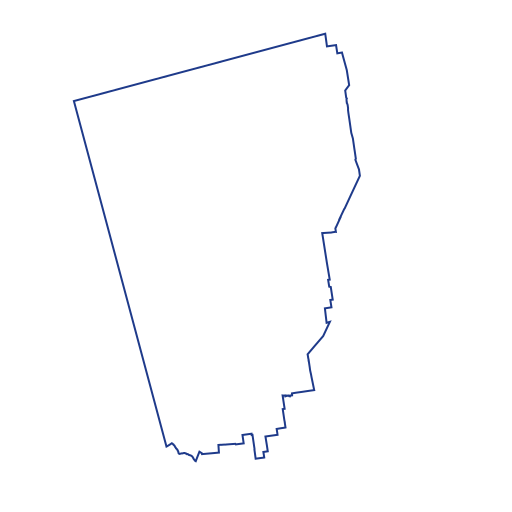 outline of Bulloo, Queensland, Australia, rotated 75°
{"feature_id": "25037944B79296808644120", "entity_name": "Bulloo", "entity_type": "district", "adm_level": 2, "iso_a3": "AUS", "parent_name": "Australia", "parent_adm1": "Queensland", "projection": "mercator", "projection_center": [143.553, -27.831], "detail": "fine", "context": "isolated", "style": "outline", "palette": "blue", "viewbox_px": 512, "rotation_deg": 75, "n_neighbors": 0, "source": "geoboundaries", "source_scale": "gbopen_adm2", "svg_char_len": 4577}
<svg xmlns="http://www.w3.org/2000/svg" viewBox="0 0 512 512"><g transform="rotate(75 256 256)"><path d="M416.9,391.8L416.7,390.9L415.7,387.5L415.1,385.8L415.3,385.7L415.8,385.1L416.0,385.0L416.7,384.7L416.8,384.5L417.1,384.5L417.4,384.3L417.9,383.9L418.0,383.9L418.4,383.7L418.8,383.7L419.4,383.6L419.9,383.3L420.2,383.2L420.4,383.1L420.7,383.1L421.0,383.1L421.4,382.9L421.6,382.7L422.0,382.4L422.5,382.3L422.7,382.1L423.0,382.1L423.3,382.0L423.7,381.9L423.9,382.0L424.3,381.8L424.7,381.7L424.9,381.7L425.5,381.8L425.8,381.8L426.5,381.8L426.7,381.6L427.0,381.4L427.3,381.3L427.4,381.0L427.4,379.7L427.4,379.3L427.4,378.9L427.5,378.7L427.6,378.3L427.7,378.0L427.7,377.8L427.6,377.4L427.6,377.1L427.7,376.4L427.8,376.0L427.9,375.7L428.1,375.5L428.3,375.4L428.5,375.2L428.7,374.8L428.7,374.6L428.9,374.4L429.1,374.3L429.3,374.1L429.5,374.0L429.5,373.9L429.5,373.6L429.7,373.3L429.9,373.1L430.1,372.7L430.3,372.6L430.7,372.4L430.9,372.2L431.0,371.9L431.1,371.7L431.3,371.5L431.5,371.1L431.6,370.8L431.8,370.6L432.1,370.4L432.4,370.0L432.7,369.8L433.3,369.4L433.8,369.2L434.5,369.1L434.8,368.9L436.1,368.7L436.5,368.5L436.9,368.3L437.7,368.0L438.1,367.8L438.6,367.3L435.0,364.7L430.4,361.3L432.6,359.3L433.4,359.4L435.1,349.7L436.3,342.7L428.8,341.2L429.1,339.5L429.5,337.9L429.8,336.2L430.2,334.6L430.4,333.6L430.4,333.4L432.1,324.5L432.8,324.2L432.8,323.9L433.8,316.4L425.4,315.4L425.6,313.6L425.9,311.3L426.5,306.3L427.8,306.5L427.9,305.7L442.2,307.4L442.4,307.6L451.7,308.8L452.3,304.0L452.8,300.4L452.8,300.2L447.2,299.6L447.7,295.2L441.7,294.5L432.8,293.6L433.3,289.4L434.3,281.5L432.1,281.2L428.4,280.8L428.8,276.6L429.3,272.1L429.3,271.9L426.7,271.6L424.1,271.3L424.0,271.2L423.9,271.2L423.7,271.2L423.4,271.2L421.9,271.1L412.5,270.0L410.8,269.8L411.0,267.9L397.6,266.4L397.8,265.9L398.0,265.8L398.1,265.6L398.0,265.1L398.1,264.8L398.1,264.6L398.2,264.3L398.4,263.9L398.5,263.9L398.4,263.8L398.4,263.7L398.5,263.6L398.9,263.5L398.9,263.4L399.1,263.2L399.1,262.9L398.9,262.8L399.0,262.7L398.9,262.5L399.1,262.3L399.1,262.1L399.2,261.8L399.2,261.5L399.0,261.1L399.2,260.9L399.4,260.5L399.6,260.5L399.8,260.4L400.0,260.3L400.1,260.2L400.0,259.8L400.2,259.5L399.7,259.3L399.6,259.2L399.8,258.7L399.7,258.4L399.8,258.2L399.8,257.9L400.0,257.5L400.0,257.2L398.0,256.8L398.4,252.7L399.1,247.2L400.0,239.3L400.6,234.5L397.3,234.3L387.1,233.7L384.7,233.5L382.2,233.4L380.3,233.3L377.3,232.9L373.7,232.5L371.9,232.3L371.3,232.2L371.2,232.3L370.8,232.2L370.7,232.2L370.3,232.1L370.1,232.2L369.9,232.1L369.3,232.0L368.6,232.0L367.4,231.9L366.6,231.8L365.7,231.7L364.3,231.6L358.0,222.5L350.7,211.8L338.7,201.7L338.8,205.1L324.4,203.0L325.1,196.4L317.7,195.6L318.0,193.2L305.3,191.8L304.6,193.2L297.7,192.5L297.9,190.9L281.0,189.3L251.0,186.1L252.4,179.2L252.8,177.4L252.9,175.7L253.2,173.2L253.2,172.8L253.3,172.6L249.9,172.2L249.0,171.4L248.9,171.4L248.8,171.2L241.3,165.0L241.3,165.3L233.4,158.6L233.1,158.1L228.2,154.0L221.6,148.5L205.9,135.3L205.4,134.9L202.2,134.5L199.6,134.2L199.2,134.1L192.2,134.8L188.7,135.1L187.9,134.4L180.3,133.5L178.4,133.3L167.6,132.0L161.7,132.1L147.7,130.4L144.1,130.0L141.5,129.7L138.7,129.3L137.0,128.8L133.8,128.4L132.2,128.5L131.8,128.7L131.5,128.7L130.9,128.4L130.6,128.4L130.4,128.5L129.4,128.3L128.3,128.1L127.3,127.5L126.5,127.9L119.2,127.0L115.1,121.8L99.9,120.2L85.4,120.3L81.7,120.3L81.3,125.0L73.0,124.1L71.9,133.2L65.6,132.4L59.2,131.6L59.2,148.6L59.2,149.2L59.2,171.0L59.2,181.1L59.2,192.0L59.2,197.9L59.2,218.7L59.2,229.5L59.2,234.6L59.2,235.0L59.2,260.3L59.2,265.4L59.2,275.6L59.2,282.3L59.2,283.0L59.2,285.4L59.2,292.5L59.2,306.4L59.2,317.3L59.2,325.4L59.2,328.6L59.2,332.9L59.2,337.8L59.2,355.5L59.2,391.8L60.9,391.8L63.8,391.8L70.6,391.8L79.8,391.8L81.1,391.8L90.1,391.8L97.7,391.8L105.8,391.8L110.6,391.8L114.4,391.8L120.0,391.8L120.9,391.8L124.9,391.8L131.2,391.8L141.5,391.8L151.7,391.8L153.2,391.8L154.0,391.8L157.2,391.8L158.9,391.8L160.6,391.8L162.0,391.8L163.9,391.8L172.4,391.8L174.1,391.8L175.9,391.8L179.2,391.8L181.7,391.8L186.5,391.8L189.2,391.8L192.8,391.8L203.1,391.8L213.4,391.8L223.7,391.8L224.0,391.8L233.9,391.8L234.7,391.8L244.2,391.8L254.5,391.8L255.6,391.8L264.9,391.8L282.9,391.8L288.0,391.8L294.7,391.8L296.4,391.8L301.4,391.8L305.9,391.8L311.2,391.8L316.2,391.8L326.4,391.8L326.9,391.8L335.4,391.8L341.9,391.8L345.7,391.8L352.2,391.8L362.2,391.8L367.6,391.8L370.7,391.8L372.7,391.8L376.1,391.8L377.8,391.8L379.5,391.8L384.7,391.8L387.7,391.8L388.0,391.8L393.2,391.8L401.7,391.8L404.6,391.8L407.9,391.8L409.5,391.8L410.2,391.8L413.2,391.8L416.9,391.8Z" fill="none" stroke="#1e3a8a" stroke-width="2"/></g></svg>